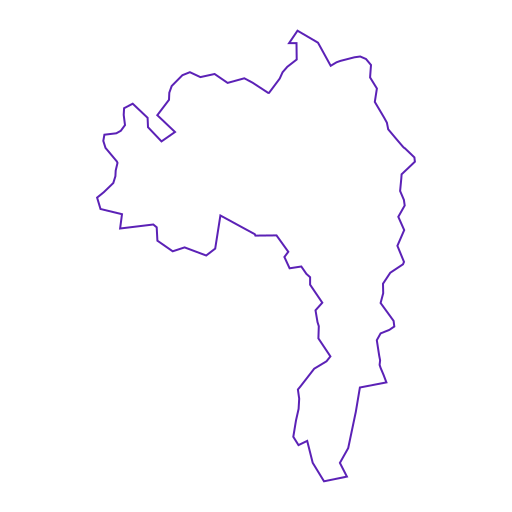 outline of Abak, Akwa Ibom, Nigeria
{"feature_id": "59680162B70631413452384", "entity_name": "Abak", "entity_type": "district", "adm_level": 2, "iso_a3": "NGA", "parent_name": "Nigeria", "parent_adm1": "Akwa Ibom", "projection": "mercator", "projection_center": [7.771, 4.989], "detail": "fine", "context": "isolated", "style": "outline", "palette": "violet", "viewbox_px": 512, "rotation_deg": 0, "n_neighbors": 0, "source": "geoboundaries", "source_scale": "gbopen_adm2", "svg_char_len": 1668}
<svg xmlns="http://www.w3.org/2000/svg" viewBox="0 0 512 512"><path d="M103.3,140.9L105.5,147.9L116.9,161.5L117.5,162.9L115.7,170.5L115.4,176.2L113.3,183.0L103.8,192.2L97.1,197.6L100.5,209.0L122.0,214.2L120.1,228.5L153.3,224.5L156.7,227.3L157.4,240.7L172.7,251.3L184.6,247.4L206.2,255.5L215.2,248.6L220.4,215.5L254.8,234.2L255.4,235.6L276.5,235.4L288.3,251.8L284.4,257.0L289.6,268.3L301.3,266.5L306.4,273.9L310.1,277.2L310.1,284.7L322.3,302.7L315.5,310.3L317.5,322.1L318.8,326.2L318.4,338.4L330.4,356.4L326.5,361.3L314.2,368.7L300.3,386.6L297.9,389.5L299.2,398.7L298.6,408.9L296.0,420.4L293.3,436.8L298.5,445.1L307.2,440.9L312.7,462.8L324.0,481.3L346.9,476.6L339.9,462.9L348.2,448.1L355.8,411.9L359.9,387.5L386.4,382.4L383.6,375.0L380.6,367.9L379.6,364.9L380.1,360.3L379.2,355.7L376.8,340.2L380.6,333.4L389.3,329.9L394.3,326.5L393.6,320.9L380.6,303.0L383.2,293.2L383.0,283.7L390.3,272.7L403.0,264.3L404.0,261.9L397.4,245.8L404.2,230.1L398.3,216.8L404.7,205.5L403.9,199.9L400.1,191.0L401.3,178.5L401.6,174.3L414.9,161.7L414.4,157.4L404.8,148.2L404.4,148.1L403.0,146.8L396.0,138.6L388.2,129.3L386.9,122.7L384.1,117.6L374.8,101.9L376.9,88.5L370.1,77.5L370.2,75.7L371.0,65.0L366.0,59.0L360.2,56.5L354.4,57.3L340.4,60.9L336.5,62.3L330.7,65.8L318.0,42.7L297.5,30.7L289.1,43.1L296.5,43.1L296.7,59.5L287.3,66.8L282.6,72.2L279.7,78.6L269.0,92.9L268.2,92.9L252.6,82.7L244.3,78.3L227.6,82.9L214.6,74.0L200.4,77.1L189.9,72.2L182.4,75.2L171.7,86.0L169.3,92.7L169.0,99.8L157.3,115.2L175.0,132.0L161.5,141.4L148.0,127.2L147.6,117.8L132.7,103.7L124.1,108.2L123.7,114.9L125.0,125.1L120.8,130.8L116.3,133.3L104.4,134.7L103.3,140.9Z" fill="none" stroke="#5b21b6" stroke-width="2"/></svg>